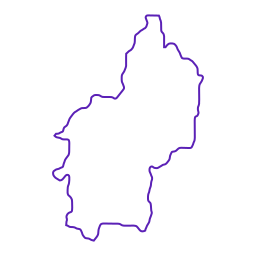 Las Matas de Farfan, San Juan, Dominican Republic
{"feature_id": "3306468B58611223630856", "entity_name": "Las Matas de Farfan", "entity_type": "district", "adm_level": 2, "iso_a3": "DOM", "parent_name": "Dominican Republic", "parent_adm1": "San Juan", "projection": "equal_earth", "projection_center": [-71.495, 18.95], "detail": "fine", "context": "isolated", "style": "outline", "palette": "violet", "viewbox_px": 256, "rotation_deg": 0, "n_neighbors": 0, "source": "geoboundaries", "source_scale": "gbopen_adm2", "svg_char_len": 5762}
<svg xmlns="http://www.w3.org/2000/svg" viewBox="0 0 256 256"><path d="M54.5,135.7L55.6,136.7L56.5,137.2L57.2,137.4L59.2,137.8L59.9,137.9L60.5,138.2L61.7,138.9L62.3,139.2L63.1,139.3L63.8,139.4L67.1,139.4L68.1,139.7L68.4,139.8L68.7,140.1L68.9,140.4L69.0,140.8L69.2,141.7L69.3,143.0L69.2,151.4L69.1,152.9L68.9,153.8L68.7,154.7L68.2,155.5L65.9,158.6L65.4,159.4L65.0,160.1L64.5,161.7L63.8,163.5L63.6,164.3L63.2,165.8L63.0,166.5L62.8,166.8L62.3,167.2L60.5,167.9L58.8,168.8L56.4,169.4L55.8,169.7L54.2,170.8L53.7,171.2L53.5,171.5L53.2,172.2L53.1,172.6L53.1,173.4L53.2,174.3L53.3,174.7L53.6,175.5L54.3,176.5L55.2,177.5L56.1,178.2L57.6,179.1L59.7,180.4L60.7,180.3L61.3,180.1L61.7,179.9L62.3,179.5L63.2,178.6L65.4,175.9L65.9,175.4L66.6,175.0L66.9,174.9L67.6,174.9L68.2,175.0L68.5,175.2L68.7,175.5L69.0,175.8L69.1,176.2L69.3,177.1L69.3,178.1L69.3,180.0L69.1,182.1L69.0,183.1L68.8,184.0L68.1,185.9L67.8,187.1L67.7,188.6L67.6,190.0L67.6,191.5L67.6,192.9L67.9,194.2L68.2,194.9L68.6,195.4L69.6,196.2L70.7,197.4L71.4,198.5L71.7,199.3L71.9,199.7L72.0,200.7L72.1,202.2L72.2,207.7L72.1,209.6L72.0,210.5L71.9,210.9L71.8,211.2L71.5,211.6L71.0,212.0L69.6,212.5L68.6,213.0L68.1,213.5L67.5,214.1L67.1,214.8L66.7,215.6L66.5,216.4L66.5,217.2L66.6,218.0L66.9,218.9L66.9,219.6L66.9,220.2L66.5,221.6L66.4,222.5L66.2,225.2L67.5,225.6L69.0,226.5L69.6,226.8L70.7,227.0L73.0,227.1L74.1,227.3L74.8,227.5L76.3,228.3L77.0,228.6L79.1,229.0L79.8,229.2L80.1,229.4L80.4,229.6L80.6,229.9L81.0,230.5L81.9,232.5L82.5,234.4L82.9,235.2L83.9,236.6L84.7,237.5L85.3,238.0L86.1,238.2L88.3,238.5L89.1,238.7L89.7,239.0L90.9,239.7L91.5,240.0L93.8,240.6L96.7,236.9L97.4,235.8L97.8,235.0L98.0,234.5L98.2,233.6L98.5,230.2L98.7,229.3L98.9,228.5L100.0,225.6L100.6,224.6L101.1,224.1L101.8,223.8L102.5,223.6L104.1,223.5L109.4,223.6L117.8,223.7L119.0,223.8L119.8,224.0L120.4,224.3L121.9,225.2L122.6,225.4L123.4,225.6L125.8,225.7L133.6,225.6L135.1,225.8L135.9,226.0L136.2,226.1L136.9,226.6L137.7,227.5L139.6,229.9L140.2,230.5L140.9,231.0L141.2,231.1L141.9,231.3L142.9,231.3L144.0,231.1L145.2,230.6L145.5,229.3L146.3,227.5L146.9,226.0L147.5,224.9L148.6,223.1L149.2,221.9L149.4,221.1L149.7,219.4L149.9,218.6L150.9,216.0L151.7,213.5L151.8,212.8L151.7,212.1L151.3,210.7L151.2,209.9L150.9,205.5L150.7,204.1L150.5,203.3L150.1,202.7L149.6,202.2L148.7,201.3L148.4,200.8L148.1,200.0L148.0,198.8L148.0,196.5L148.1,195.6L148.2,194.7L148.4,193.9L149.1,192.1L149.8,188.8L150.6,186.6L150.9,185.3L151.1,183.0L151.3,181.8L151.5,181.0L152.0,179.6L152.1,178.8L152.1,177.9L152.0,177.2L151.2,175.4L150.7,173.9L149.9,172.1L149.6,171.3L149.5,170.4L149.5,169.5L149.6,168.7L149.7,168.3L150.0,167.6L150.5,167.0L151.1,166.6L151.7,166.5L152.4,166.6L154.0,167.7L155.0,168.0L156.4,168.1L157.1,168.1L157.8,167.9L158.4,167.6L159.9,166.7L161.1,166.0L162.8,164.9L165.1,164.3L165.8,163.9L166.7,163.1L167.5,162.1L168.6,160.7L169.3,159.6L169.6,158.8L169.7,158.3L170.1,155.8L170.4,155.0L171.3,153.0L171.6,152.4L171.8,152.1L172.1,151.9L172.7,151.7L174.6,151.4L175.6,151.0L176.2,150.6L177.9,149.0L178.8,148.3L179.9,147.9L181.4,147.8L188.4,148.0L189.9,148.0L190.6,147.9L191.2,147.6L191.5,147.4L191.9,146.8L193.0,144.5L193.6,142.6L194.4,140.8L194.6,139.9L194.7,139.0L194.8,137.5L194.8,136.0L194.7,120.4L194.8,118.9L194.9,118.0L195.1,117.3L195.3,116.9L195.5,116.7L195.8,116.5L197.0,116.0L197.5,115.5L198.2,114.0L198.5,113.0L198.5,112.6L198.4,112.0L198.0,110.2L197.9,109.4L197.9,108.5L198.0,107.2L198.7,105.4L198.9,104.6L199.1,103.7L199.1,102.7L199.2,99.7L199.1,88.2L199.2,86.8L199.3,85.8L199.5,84.9L199.8,84.1L201.4,81.6L201.8,80.9L202.8,78.5L202.9,77.8L202.9,77.4L202.9,77.0L202.7,76.7L202.3,76.1L201.8,75.7L201.2,75.5L199.0,75.3L198.5,75.0L198.2,74.8L198.0,74.5L197.8,73.7L197.7,72.8L197.6,69.6L197.5,68.6L197.2,67.7L196.6,66.5L195.8,65.4L193.5,62.6L192.4,61.3L191.7,60.8L190.5,60.1L189.4,59.3L188.4,58.8L187.7,58.7L187.0,58.6L184.3,58.6L183.3,58.5L182.6,58.3L182.0,58.0L181.6,57.4L180.7,55.4L179.7,52.7L177.7,49.4L176.8,47.1L176.4,46.3L175.9,45.6L175.4,45.0L174.8,44.4L174.2,43.9L173.8,43.8L172.7,43.5L170.8,43.4L169.3,43.6L168.6,43.9L167.7,44.6L166.8,45.5L165.5,47.2L164.1,47.2L164.1,37.8L164.1,36.3L163.9,35.3L163.7,34.4L163.3,33.6L162.8,33.0L161.9,32.0L161.5,31.4L161.4,31.0L161.2,30.1L161.2,29.1L161.1,23.8L161.1,22.8L160.9,21.8L160.7,20.8L160.0,19.1L159.5,17.0L158.9,15.6L148.1,15.4L147.1,15.5L146.7,15.7L146.2,16.1L145.9,16.7L145.7,17.1L145.7,17.4L145.7,17.8L145.9,18.4L147.3,22.2L147.4,22.9L147.4,23.2L147.2,23.9L146.5,26.1L146.2,26.8L145.5,27.7L145.0,28.2L143.8,28.8L142.4,29.8L140.5,30.9L138.2,33.1L137.7,33.5L136.5,34.3L135.7,35.0L135.3,35.7L135.2,36.0L135.0,36.9L134.9,38.2L134.8,41.4L134.7,42.2L134.6,43.1L133.3,46.5L133.0,47.3L132.6,48.0L132.1,48.7L131.0,49.9L130.4,50.3L128.9,51.2L127.0,53.0L126.2,53.7L126.1,57.2L126.1,64.5L126.1,65.9L125.9,66.8L125.7,67.6L125.0,69.4L124.4,70.9L124.0,71.7L122.6,73.8L122.2,74.5L122.0,75.0L121.8,75.8L121.7,77.2L121.7,78.5L121.7,79.9L121.8,80.8L121.9,81.7L122.2,82.5L123.0,84.3L123.9,86.8L124.0,87.4L124.0,87.8L124.0,88.2L123.7,89.0L123.0,90.0L117.3,97.2L116.8,97.8L116.1,98.3L115.8,98.5L115.1,98.6L114.8,98.6L114.2,98.4L113.1,97.7L112.5,97.4L111.4,97.1L109.6,97.0L104.3,97.0L102.5,96.9L101.4,96.5L99.7,95.5L99.0,95.2L98.3,95.1L96.9,95.0L95.5,95.0L94.4,95.2L93.8,95.5L91.9,96.9L91.5,97.4L91.3,97.7L91.2,98.5L90.9,101.4L90.7,102.3L90.6,102.7L90.2,103.5L89.5,104.6L88.7,105.7L87.8,106.6L86.9,107.4L86.6,107.6L85.9,107.9L84.8,108.0L82.3,108.1L81.6,108.2L81.0,108.4L79.2,109.4L78.0,110.1L76.3,111.3L74.8,112.2L73.9,113.0L72.8,114.3L71.0,116.7L70.0,118.1L69.4,119.2L68.7,121.1L68.1,122.6L67.6,124.1L67.2,124.8L66.8,125.4L66.3,125.9L64.9,126.9L64.4,127.3L64.0,127.9L63.7,128.6L63.1,130.8L62.8,131.4L62.3,131.8L60.5,132.5L58.8,133.5L57.8,133.7L56.0,133.8L54.5,135.7Z" fill="none" stroke="#5b21b6" stroke-width="2"/></svg>